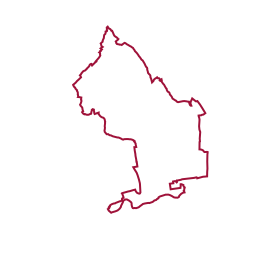 outline of Topoloveni, Arges, Romania, rotated 318°
{"feature_id": "2599482B28949166666369", "entity_name": "Topoloveni", "entity_type": "district", "adm_level": 2, "iso_a3": "ROU", "parent_name": "Romania", "parent_adm1": "Arges", "projection": "mercator", "projection_center": [25.078, 44.823], "detail": "fine", "context": "isolated", "style": "outline", "palette": "rose", "viewbox_px": 256, "rotation_deg": 318, "n_neighbors": 0, "source": "geoboundaries", "source_scale": "gbopen_adm2", "svg_char_len": 5874}
<svg xmlns="http://www.w3.org/2000/svg" viewBox="0 0 256 256"><g transform="rotate(318 128 128)"><path d="M154.4,216.9L157.6,213.5L159.8,211.4L164.5,205.9L169.4,200.7L170.6,199.7L171.1,199.1L170.7,198.6L168.8,197.1L168.7,197.0L168.7,195.7L168.8,195.0L168.3,193.6L167.8,192.8L166.8,191.7L171.9,186.2L172.4,186.2L174.2,183.9L176.8,181.4L179.0,179.3L180.0,177.0L181.4,175.1L182.0,174.3L186.8,169.6L187.1,169.0L187.6,168.4L188.3,166.7L188.8,166.0L189.8,166.7L190.8,167.5L191.8,167.7L193.1,168.5L195.4,168.7L196.5,162.9L197.2,158.7L197.6,154.4L196.4,153.8L196.2,153.3L196.1,152.6L195.5,149.0L193.1,150.1L192.3,150.3L191.1,151.4L190.6,152.1L190.0,153.8L189.7,153.6L189.5,153.1L189.5,152.3L189.9,151.2L190.8,149.1L190.2,148.6L189.3,147.3L187.9,145.7L186.9,144.9L182.5,142.3L182.1,141.6L181.9,140.8L182.0,139.9L181.7,139.3L180.8,135.9L181.4,134.2L181.5,133.3L181.6,132.1L181.5,131.2L182.2,130.0L182.4,129.0L181.9,127.6L181.9,127.2L182.4,125.4L183.0,124.6L182.9,123.7L183.1,122.8L183.6,120.6L183.8,119.9L183.7,118.9L183.8,117.9L183.9,116.8L184.2,115.9L184.9,115.3L185.5,114.2L184.9,114.1L183.5,114.4L183.4,113.8L184.2,113.5L184.4,112.5L184.3,111.7L184.1,111.5L183.6,111.2L183.5,110.7L183.4,110.4L183.5,109.8L182.4,109.8L181.7,109.5L180.0,109.4L179.0,109.7L178.3,110.1L176.4,110.2L177.5,108.1L177.8,107.6L178.1,106.9L178.4,106.2L178.4,105.8L178.7,105.2L179.3,104.5L179.7,103.9L179.8,103.2L179.8,102.5L179.7,102.0L179.7,101.8L179.8,101.4L179.7,100.9L179.8,100.4L180.5,99.3L181.0,98.2L181.4,97.4L182.1,96.7L182.3,96.3L182.5,95.8L182.4,94.5L182.5,94.2L182.8,93.1L183.4,91.2L184.1,87.6L183.8,86.4L183.8,85.8L184.0,85.1L184.0,84.7L184.2,83.6L184.2,81.8L184.4,81.1L184.7,78.6L184.7,77.4L184.6,75.4L184.9,74.7L185.0,73.8L185.1,72.6L185.3,71.8L184.9,70.6L184.8,69.7L184.2,68.2L183.7,66.4L183.2,65.1L182.9,63.4L182.5,62.5L181.6,62.3L178.9,62.1L178.7,61.5L177.6,60.5L177.4,60.0L176.8,59.3L176.4,58.7L176.0,58.2L176.1,57.0L176.4,56.8L176.8,55.5L179.5,55.6L180.1,55.6L180.3,55.5L180.1,55.1L180.3,54.4L180.2,53.0L179.9,52.1L179.8,51.6L179.6,50.7L179.8,49.4L180.6,47.2L181.2,45.3L180.9,45.2L180.7,44.5L181.0,43.2L180.9,42.4L180.4,41.5L180.5,40.4L180.7,39.1L179.5,39.1L179.2,39.3L178.9,39.9L178.7,40.2L177.9,40.9L177.7,41.5L177.4,41.8L177.1,41.9L176.7,41.8L176.2,41.4L175.9,41.3L175.4,42.0L174.1,42.9L173.0,42.9L172.5,43.0L171.4,43.9L170.2,45.0L168.5,45.7L167.4,46.3L166.9,46.9L164.3,46.9L164.2,47.4L163.1,49.3L163.4,50.8L160.9,50.5L161.1,52.2L159.0,52.2L159.0,52.6L157.2,52.6L157.4,53.3L157.1,54.0L156.6,54.4L155.9,55.6L154.6,56.0L153.5,56.3L148.6,56.9L148.7,57.4L147.5,57.3L143.1,57.5L143.2,56.7L143.7,55.9L143.6,55.7L142.9,55.5L142.2,55.4L141.7,55.5L140.7,56.0L139.8,56.2L137.3,56.3L137.0,56.5L136.4,56.4L134.9,56.6L132.9,55.9L132.2,55.9L130.4,56.2L130.0,56.2L129.0,56.6L127.5,56.7L127.5,57.5L127.0,58.9L123.9,59.0L121.5,59.0L119.5,59.3L116.1,59.2L115.8,59.9L115.8,60.4L115.6,60.8L115.5,61.5L115.7,62.1L115.7,62.8L115.3,63.4L115.4,65.9L115.3,66.0L115.0,66.1L114.7,67.0L114.7,67.5L114.4,68.1L113.8,68.8L113.0,69.6L113.0,70.0L112.7,70.3L112.1,71.3L111.6,71.5L112.5,72.5L113.7,74.1L113.0,74.7L112.0,75.6L112.0,76.1L111.1,77.1L109.0,78.3L108.0,78.6L107.7,79.5L107.7,81.0L107.7,81.6L107.6,82.3L106.4,84.2L105.9,85.5L105.4,85.4L104.5,85.5L104.3,87.1L104.7,88.6L105.3,88.7L105.8,89.9L106.3,90.6L107.2,91.5L108.2,92.0L108.7,92.1L109.4,92.3L110.0,92.7L110.6,92.4L111.3,91.7L112.9,90.8L113.1,90.4L113.5,90.3L114.4,90.4L114.9,91.4L114.7,91.5L113.9,93.0L113.0,94.2L112.6,95.3L113.9,95.9L114.4,96.0L116.5,96.9L115.4,98.1L115.5,98.7L115.3,100.2L115.4,101.1L115.6,102.1L115.9,102.8L116.6,104.0L116.6,105.4L116.1,106.6L115.5,107.4L115.3,108.0L114.7,108.4L114.4,108.9L111.9,111.1L111.1,112.3L109.8,113.5L109.1,113.9L108.5,114.7L108.1,115.4L108.0,118.3L109.2,119.4L109.2,119.8L109.3,120.2L109.5,121.0L110.4,122.1L111.1,123.9L112.8,126.5L113.8,128.0L114.3,128.4L114.8,129.1L115.7,131.1L116.1,132.5L116.6,133.4L117.6,133.7L119.1,134.9L120.7,136.3L121.4,137.2L122.2,137.9L122.6,138.4L123.4,139.7L123.9,140.8L124.1,142.0L123.6,141.9L123.4,143.6L123.4,144.0L123.1,144.9L122.7,145.3L121.4,147.6L119.9,146.5L117.9,149.3L116.1,152.2L114.9,153.8L114.0,155.3L113.1,156.8L111.7,158.7L111.9,158.9L109.2,162.9L105.7,160.7L105.1,163.5L104.5,167.0L103.5,169.6L101.7,173.5L99.9,176.9L99.1,178.0L94.1,184.2L93.1,184.6L92.4,184.3L91.4,182.5L91.4,180.5L91.6,179.8L91.8,179.3L92.1,178.6L90.2,177.6L87.0,176.1L85.5,175.2L80.0,172.5L79.8,172.5L79.8,172.8L79.6,173.3L78.7,175.6L78.0,176.9L77.1,176.5L76.4,176.5L76.0,176.8L75.6,177.3L74.8,177.7L74.6,177.7L73.6,177.5L72.9,177.0L68.9,175.5L67.8,175.3L67.4,174.9L66.7,174.5L65.3,173.9L63.3,173.5L62.5,173.6L62.3,173.9L62.1,173.9L61.9,174.4L61.0,174.2L60.8,174.0L60.5,174.1L60.2,174.5L60.1,175.0L58.8,174.8L58.4,176.5L58.8,179.7L59.6,179.9L62.9,181.5L65.1,182.3L67.6,182.4L69.6,182.0L71.0,181.1L74.4,179.8L75.5,179.1L76.4,179.0L76.9,179.0L78.6,179.6L79.4,180.4L80.2,182.6L80.5,184.4L80.6,185.3L80.5,185.9L80.2,186.5L79.7,187.0L78.8,188.3L78.1,189.9L78.0,190.7L78.2,191.1L79.4,191.9L80.4,193.0L82.5,193.9L83.2,194.1L84.4,194.1L87.1,194.4L88.1,194.4L89.9,195.3L91.8,196.5L93.0,197.3L93.7,198.1L95.6,198.9L96.5,199.3L97.5,199.5L99.1,199.5L100.7,200.3L102.0,200.2L103.5,200.6L103.8,200.2L104.3,200.0L105.1,200.1L106.0,200.3L111.3,202.7L113.3,204.4L113.8,205.1L114.3,206.0L115.1,208.0L115.7,210.2L116.5,211.3L118.3,213.0L119.7,213.3L120.7,212.7L123.4,212.5L125.6,212.9L126.9,213.7L127.2,213.0L127.2,212.5L127.4,212.0L127.8,212.1L129.5,210.5L130.2,210.4L130.4,210.0L130.4,209.7L130.2,209.1L130.6,207.8L131.0,207.4L130.2,205.7L129.8,205.2L129.5,205.0L128.0,206.7L127.4,207.1L126.9,207.6L118.7,202.1L121.8,197.4L124.7,199.4L125.7,197.9L127.5,199.0L127.8,200.0L127.8,201.0L128.1,201.0L128.5,200.6L128.7,200.1L129.2,199.7L129.8,200.2L132.7,201.9L133.9,202.3L143.6,209.2L144.8,209.9L145.8,210.4L146.1,211.1L145.8,211.7L151.1,214.4L154.4,216.9Z" fill="none" stroke="#9f1239" stroke-width="2"/></g></svg>